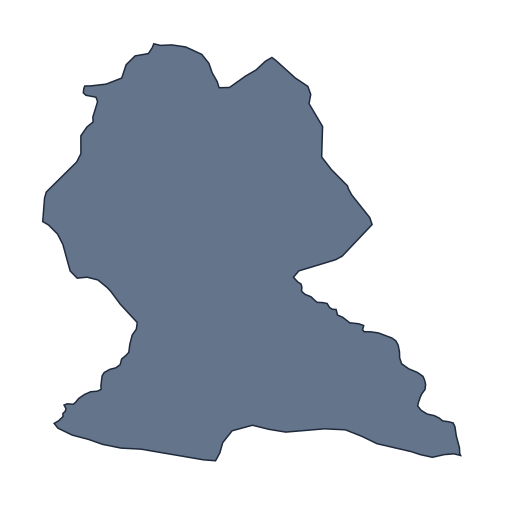 Gourma, Equal Earth projection, rotated 93°
{"feature_id": "BFA-2184", "entity_name": "Gourma", "entity_type": "Province", "adm_level": 1, "iso_a3": "BFA", "parent_name": "Burkina Faso", "parent_adm1": "", "projection": "equal_earth", "projection_center": [0.734, 12.217], "detail": "fine", "context": "isolated", "style": "filled", "palette": "slate", "viewbox_px": 512, "rotation_deg": 93, "n_neighbors": 0, "source": "natural_earth", "source_scale": "10m", "svg_char_len": 2118}
<svg xmlns="http://www.w3.org/2000/svg" viewBox="0 0 512 512"><g transform="rotate(93 256 256)"><path d="M49.4,369.2L50.7,362.5L49.6,351.1L50.9,337.2L57.5,320.7L66.1,313.1L75.5,309.3L83.8,303.9L89.9,301.7L89.1,291.3L76.8,275.8L70.3,265.8L61.0,256.8L56.9,250.5L59.6,246.5L76.1,226.2L83.9,213.1L91.8,209.8L101.1,211.0L123.2,196.3L153.7,195.6L165.8,185.2L181.2,168.3L184.1,167.2L189.9,163.7L211.7,144.4L218.5,141.7L251.6,169.9L255.5,176.2L268.6,212.4L275.2,217.5L279.7,213.0L281.6,209.6L284.8,208.5L288.8,208.7L291.7,205.1L293.9,198.8L297.0,195.3L299.1,192.5L299.0,187.4L299.7,182.5L303.4,180.0L305.2,177.1L305.2,173.2L310.7,171.5L312.6,166.3L317.8,158.9L318.3,149.9L319.8,144.8L321.6,145.1L323.8,145.8L325.9,144.2L325.7,137.4L326.4,129.8L330.8,115.9L333.5,111.8L337.8,109.3L344.2,107.7L350.3,107.2L356.0,104.9L360.6,97.7L363.8,88.8L367.4,83.0L371.0,81.2L375.3,79.9L380.4,80.2L385.1,83.3L389.2,84.9L390.9,85.2L393.1,86.0L397.3,86.7L401.5,83.0L404.9,76.7L406.1,69.5L408.3,64.5L410.9,61.0L411.4,55.2L412.4,50.4L416.0,48.4L425.0,46.6L436.8,42.8L442.6,42.2L444.5,41.2L443.2,48.1L444.5,57.7L447.8,69.3L445.7,81.8L443.3,90.4L437.1,125.4L430.6,140.7L424.9,157.7L425.0,178.5L430.3,217.1L428.4,234.1L425.2,250.7L431.8,270.7L444.2,279.5L454.5,281.8L462.6,285.7L462.3,297.7L454.9,360.8L454.9,380.8L452.1,399.5L447.9,413.7L444.5,430.1L438.3,444.8L433.7,448.8L430.9,444.5L426.4,440.3L423.3,440.6L421.2,438.4L418.3,437.8L414.9,439.9L413.5,436.9L413.6,430.7L411.4,428.4L407.5,425.6L403.2,419.9L400.2,414.0L399.3,407.3L397.3,403.7L393.4,404.1L383.8,403.4L380.3,401.5L376.9,396.2L375.0,390.1L371.7,386.0L365.9,384.8L362.1,380.7L358.9,378.0L350.9,377.4L341.4,375.5L335.4,371.7L328.7,371.1L311.5,388.8L298.9,399.2L295.3,403.0L288.2,412.6L286.0,423.6L287.5,433.4L280.7,440.8L254.5,449.5L244.5,455.3L235.9,464.8L232.8,470.8L209.3,470.2L203.1,468.8L171.5,440.0L163.0,436.2L145.1,437.2L135.9,431.5L130.7,425.7L125.8,426.2L110.2,422.3L105.8,424.1L104.4,434.3L102.1,437.0L97.7,436.7L95.2,435.9L94.8,430.0L92.2,414.7L85.3,399.4L71.8,395.7L62.5,387.2L59.5,374.1L53.4,370.5L49.4,369.2Z" fill="#64748b" stroke="#1e293b" stroke-width="1.5"/></g></svg>